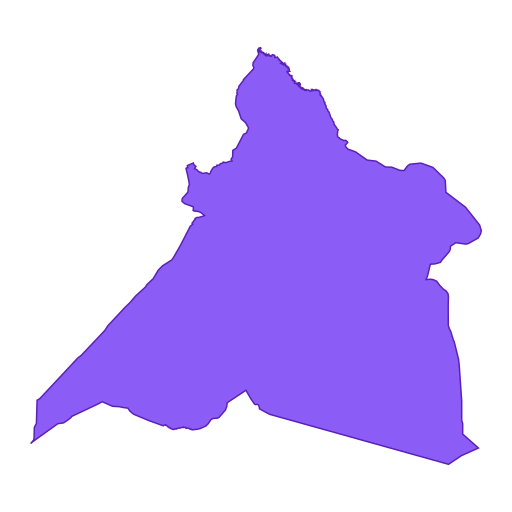 outline of Chipata, Eastern, Zambia
{"feature_id": "96606910B12043083212801", "entity_name": "Chipata", "entity_type": "district", "adm_level": 2, "iso_a3": "ZMB", "parent_name": "Zambia", "parent_adm1": "Eastern", "projection": "albers", "projection_center": [32.554, -13.744], "detail": "fine", "context": "isolated", "style": "filled", "palette": "violet", "viewbox_px": 512, "rotation_deg": 0, "n_neighbors": 0, "source": "geoboundaries", "source_scale": "gbopen_adm2", "svg_char_len": 5868}
<svg xmlns="http://www.w3.org/2000/svg" viewBox="0 0 512 512"><path d="M269.6,414.3L448.5,464.3L461.5,455.6L478.4,448.0L462.7,434.1L462.7,423.7L461.7,420.3L461.7,401.2L459.2,365.0L458.5,359.1L454.2,341.7L453.3,339.9L450.9,331.8L449.3,328.6L448.3,325.3L448.2,306.3L448.4,297.2L448.5,297.1L448.0,293.7L446.1,291.0L443.1,288.9L439.4,285.0L436.7,281.2L433.4,279.7L430.6,279.2L426.0,279.6L427.4,276.3L430.4,264.2L434.9,263.9L440.4,262.4L442.2,259.8L449.3,251.6L450.3,249.1L450.4,246.6L450.8,246.0L455.8,242.7L465.8,244.1L468.2,243.6L478.2,238.0L480.6,233.8L481.3,230.6L479.6,225.0L465.5,207.2L445.9,192.3L445.3,180.5L443.8,178.0L432.9,167.4L420.9,163.1L410.0,164.2L407.5,165.9L404.0,170.6L399.8,170.3L391.8,167.2L386.0,167.0L385.0,166.7L376.0,161.1L367.2,160.1L355.6,151.9L347.7,149.0L345.5,146.4L345.3,145.3L347.7,142.4L347.3,141.7L345.8,140.4L343.6,140.4L339.8,138.6L339.1,137.7L338.2,137.3L337.6,136.6L337.4,134.7L337.5,132.8L337.7,131.3L338.2,129.8L337.4,129.3L336.3,127.3L335.0,125.7L334.7,125.0L334.2,124.7L333.7,121.9L332.9,121.2L332.2,119.2L330.9,117.7L328.9,111.8L328.3,111.3L327.7,110.5L327.6,109.4L326.9,108.9L325.9,107.0L326.1,105.9L324.9,104.0L325.0,102.8L324.8,102.4L324.5,102.5L324.0,101.6L323.4,99.1L322.0,96.8L321.7,96.7L321.3,95.9L320.7,95.6L320.8,95.2L320.4,95.2L320.0,94.2L320.3,93.6L319.9,92.7L320.0,91.7L319.5,91.1L318.4,90.6L318.4,90.3L317.0,90.4L316.9,89.9L316.5,89.8L316.1,90.3L315.5,90.5L315.5,89.9L315.0,90.3L314.4,90.0L313.7,90.3L313.4,90.0L313.5,89.8L312.0,89.4L311.6,90.0L311.9,90.1L311.6,90.4L311.4,90.2L311.4,90.5L311.0,90.8L311.4,91.0L310.6,91.2L309.5,90.9L308.6,90.0L307.6,90.1L306.6,89.7L306.4,90.3L305.0,90.5L304.7,90.3L304.9,89.7L304.2,89.7L304.3,89.4L303.5,89.1L303.7,88.8L302.6,87.8L301.8,88.4L301.8,89.0L301.4,88.8L301.1,88.4L301.3,88.1L301.0,87.3L300.5,87.6L300.2,86.9L300.0,87.1L299.5,86.9L299.7,86.4L299.2,86.5L298.5,86.0L299.0,85.7L298.7,85.5L299.0,85.0L299.6,85.3L300.1,85.1L300.4,84.3L299.4,82.7L298.7,82.8L298.7,83.2L298.4,83.4L298.0,83.3L298.1,84.1L297.4,84.4L297.2,83.9L296.8,84.1L296.7,83.8L297.2,83.1L296.8,83.1L296.7,83.5L296.1,83.3L296.2,83.5L295.0,83.0L294.8,83.4L294.5,83.2L294.4,83.0L294.7,82.7L294.9,81.8L294.7,81.6L294.1,81.6L293.9,81.3L294.3,81.2L294.0,81.1L294.1,80.9L293.8,81.0L293.6,80.6L293.2,80.7L292.7,80.4L293.1,79.8L292.8,78.9L292.6,78.8L292.3,79.2L292.1,78.3L291.8,78.2L291.6,77.5L291.9,77.3L291.8,76.9L292.0,76.4L292.0,75.9L291.3,75.6L291.3,76.3L291.0,76.2L289.2,75.0L289.4,74.5L289.0,74.4L288.9,74.0L288.1,73.4L287.6,72.1L286.9,71.8L287.1,71.5L288.1,71.8L288.1,71.4L288.8,71.5L289.0,71.3L289.7,71.2L289.3,70.8L289.3,69.5L289.1,69.2L288.4,69.0L288.9,68.4L288.5,68.1L288.7,67.6L288.5,67.1L287.6,67.2L287.6,67.6L287.3,67.6L287.1,66.2L285.9,66.3L286.1,65.7L285.5,65.4L285.6,64.5L285.0,64.7L284.8,63.7L284.4,63.7L284.5,63.2L283.7,63.7L284.0,64.0L283.7,64.9L282.9,64.4L283.0,63.8L282.6,63.5L282.6,63.3L282.1,63.5L282.1,63.8L281.7,63.8L281.7,63.2L281.2,63.5L280.7,63.4L281.1,62.9L282.1,62.3L281.2,61.8L281.3,61.5L280.4,60.6L279.3,60.6L279.4,59.4L278.4,58.7L277.3,57.0L276.6,57.4L274.8,57.4L275.0,56.6L274.6,55.3L272.3,54.7L271.5,56.3L270.9,56.1L270.6,55.7L270.2,56.0L269.8,55.8L269.4,56.0L268.9,54.2L268.5,54.1L267.9,54.5L268.0,54.7L267.8,55.0L266.7,54.5L266.7,54.8L266.9,55.1L266.8,55.9L265.4,55.4L265.1,54.8L265.3,54.3L264.9,54.6L264.1,54.0L263.9,53.7L264.2,53.4L263.8,52.9L263.2,53.4L262.6,52.7L262.8,52.3L261.6,51.9L261.4,52.3L260.9,51.8L261.0,51.4L260.6,51.6L260.5,51.3L260.2,51.4L260.2,51.8L259.9,51.6L259.4,51.8L259.1,51.3L258.9,51.4L258.7,50.8L258.9,50.4L259.9,50.6L259.9,49.9L260.9,48.5L260.6,47.7L258.7,48.2L257.6,50.2L258.6,53.8L258.6,54.6L253.1,62.8L252.9,65.5L253.8,67.4L253.6,68.7L243.4,79.7L243.3,80.6L239.0,86.1L238.3,89.0L237.3,89.6L237.0,90.2L237.2,91.6L236.9,93.3L237.5,94.2L236.6,95.5L236.2,96.8L235.5,103.9L235.8,105.2L236.4,107.0L238.6,111.0L241.2,118.8L245.5,122.6L248.6,128.0L246.5,132.9L243.5,134.4L236.4,148.1L232.8,150.4L232.6,157.1L231.1,159.0L232.0,161.1L229.8,161.3L226.4,162.5L224.8,162.5L223.2,162.1L222.7,163.1L220.9,163.5L220.0,164.1L219.4,165.1L216.9,165.2L216.5,166.4L214.0,167.0L212.9,168.0L210.9,171.3L210.2,173.4L209.5,174.1L208.9,174.1L207.7,173.2L206.6,172.8L202.9,173.4L201.5,173.1L200.8,172.3L199.3,172.2L199.1,171.7L197.9,171.0L197.0,169.8L194.5,168.6L195.9,166.4L194.1,165.0L193.3,163.0L187.3,165.6L187.9,167.7L186.3,168.0L186.0,168.4L188.0,176.9L189.4,184.3L188.4,187.1L187.9,192.2L182.4,198.3L182.0,199.8L182.1,201.5L184.8,203.7L193.3,206.8L193.4,209.4L193.0,210.2L194.0,211.0L198.3,211.5L199.7,212.0L201.2,212.8L204.5,215.6L203.7,216.0L198.9,217.4L196.7,217.5L195.0,218.6L195.1,219.3L194.8,219.7L193.2,221.6L192.9,222.3L192.1,223.1L192.1,223.7L192.7,224.3L190.3,226.2L180.2,245.8L173.3,257.8L171.7,260.0L162.5,265.8L158.3,270.1L153.2,278.7L146.9,284.6L145.4,287.1L135.9,295.7L129.8,302.8L124.9,307.5L107.8,325.8L105.5,329.5L104.4,330.9L84.9,351.5L81.0,355.6L78.0,357.8L40.3,398.1L38.8,399.3L37.1,400.2L36.4,423.4L34.3,427.5L34.1,437.6L33.7,439.9L30.7,443.6L32.6,441.8L57.8,423.7L63.5,422.9L67.0,420.6L70.9,417.7L71.5,416.5L98.4,403.8L102.2,401.7L112.6,406.3L119.5,406.7L122.5,407.4L128.0,408.2L129.7,410.9L132.7,413.5L134.3,414.5L148.7,420.5L163.3,425.8L164.5,424.9L165.3,425.0L165.6,424.9L165.7,425.3L166.4,425.3L167.6,426.6L168.9,427.2L169.1,427.7L170.0,427.7L170.5,428.5L173.3,429.5L174.3,429.3L174.6,428.9L175.1,429.0L176.3,428.7L176.7,429.0L178.0,428.1L179.9,428.1L180.2,427.8L181.4,427.7L181.9,427.4L182.4,427.5L183.3,427.1L183.5,427.5L185.0,427.2L185.5,427.8L186.0,427.9L186.1,428.3L187.4,428.1L188.8,428.3L190.0,429.2L191.0,429.1L191.3,429.5L192.6,429.8L197.6,429.2L200.3,428.5L205.9,426.0L208.1,423.8L211.0,419.6L213.0,418.5L217.3,418.1L218.9,417.5L225.3,410.2L226.7,406.8L227.2,402.7L245.9,390.3L251.2,399.3L254.5,404.0L255.4,404.6L257.2,404.4L258.5,404.9L259.5,408.0L259.4,408.8L269.6,414.3Z" fill="#8b5cf6" stroke="#5b21b6" stroke-width="1.5"/></svg>